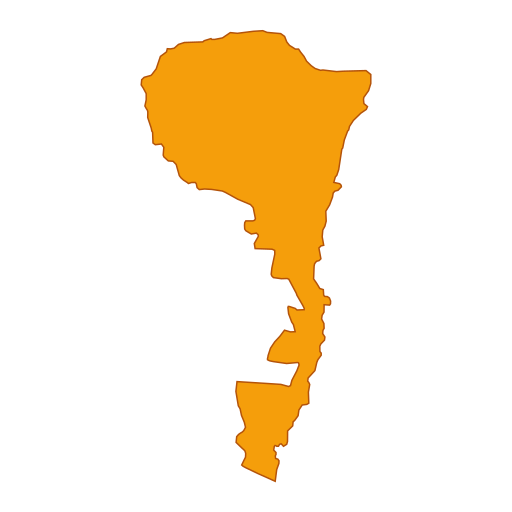 Pasaco, Jutiapa, Guatemala (Robinson projection)
{"feature_id": "79465075B50334197995085", "entity_name": "Pasaco", "entity_type": "district", "adm_level": 2, "iso_a3": "GTM", "parent_name": "Guatemala", "parent_adm1": "Jutiapa", "projection": "robinson", "projection_center": [-90.222, 13.895], "detail": "fine", "context": "isolated", "style": "filled", "palette": "amber", "viewbox_px": 512, "rotation_deg": 0, "n_neighbors": 0, "source": "geoboundaries", "source_scale": "gbopen_adm2", "svg_char_len": 3372}
<svg xmlns="http://www.w3.org/2000/svg" viewBox="0 0 512 512"><path d="M241.7,465.0L243.0,466.2L245.7,467.7L257.8,473.5L275.2,481.3L276.7,469.6L278.9,463.4L279.0,460.8L277.8,459.1L275.6,458.5L275.3,455.9L276.0,454.4L276.0,452.5L273.7,450.1L274.3,446.4L275.0,445.5L275.9,445.7L276.8,446.3L278.5,446.2L278.9,445.4L279.5,444.5L280.3,444.0L281.3,443.9L283.5,446.3L286.7,444.3L287.5,441.5L287.6,430.9L292.7,425.9L293.1,421.8L294.6,420.5L298.1,415.7L298.9,410.0L302.2,405.0L306.8,404.4L308.8,403.2L308.4,392.1L309.7,384.5L308.7,382.3L307.7,381.2L308.1,378.0L314.9,370.6L316.8,362.4L317.9,359.7L321.2,355.2L321.2,353.1L319.9,351.5L319.8,346.2L320.8,344.0L324.5,340.1L324.9,337.0L322.7,333.6L322.9,330.5L324.1,328.3L323.9,323.5L321.6,319.0L322.1,315.3L324.0,312.1L324.1,304.7L329.6,305.1L330.5,303.8L330.6,301.1L329.4,298.0L327.4,296.6L324.6,296.4L323.7,295.2L323.3,289.6L319.8,288.5L316.9,283.7L313.6,278.9L314.1,266.2L314.6,263.7L316.5,261.3L319.1,260.6L320.9,258.8L318.9,248.0L321.0,245.9L323.7,245.3L322.2,236.8L322.8,230.0L324.9,226.2L326.2,221.1L325.8,211.2L329.6,204.9L332.5,197.1L333.2,193.0L334.9,191.1L338.0,190.3L341.4,186.8L341.1,185.2L339.7,183.7L333.8,182.4L335.3,177.0L336.8,175.3L338.7,169.6L341.8,149.2L342.7,148.0L344.3,140.0L347.6,131.1L348.7,129.9L349.5,126.4L353.4,120.4L360.8,113.2L366.3,109.4L367.5,106.6L363.9,103.6L363.5,99.5L363.8,97.4L368.6,90.6L370.8,83.5L370.8,74.5L366.0,70.6L343.4,71.2L336.5,71.6L322.9,70.0L320.5,70.3L315.1,68.5L311.2,65.7L306.6,61.2L304.0,56.4L300.5,52.0L298.6,49.1L295.4,49.1L289.5,45.4L286.8,42.0L284.6,36.4L280.7,33.6L267.1,32.4L262.8,30.7L253.3,31.3L237.4,33.3L230.3,32.6L222.5,37.9L214.8,39.4L211.7,39.4L211.0,38.6L204.2,40.7L202.8,41.9L184.4,42.5L178.5,44.4L174.2,48.2L170.5,48.9L167.3,48.7L166.5,51.9L160.4,56.4L156.2,68.9L151.9,74.5L151.0,75.4L144.2,77.3L141.7,79.7L141.2,84.9L143.2,88.0L146.2,93.6L146.2,99.9L144.9,106.0L146.3,108.6L147.3,110.1L147.8,111.7L147.8,113.8L147.7,117.5L151.2,128.0L151.8,131.0L152.6,132.3L153.0,143.0L155.3,144.7L161.4,144.0L163.8,147.3L163.2,155.1L163.9,156.9L167.2,159.9L168.3,160.9L173.1,161.3L176.2,164.5L179.3,175.6L181.1,178.0L183.5,180.1L187.4,182.6L188.4,183.5L191.6,182.5L195.3,182.5L196.3,183.7L197.1,187.6L199.3,189.6L204.5,189.0L211.6,189.4L222.3,191.0L225.4,192.4L237.9,199.3L250.5,204.6L253.2,207.6L255.4,218.6L254.6,220.3L252.7,220.9L245.8,220.9L244.7,222.7L244.5,225.3L244.7,229.0L245.8,230.7L248.4,232.3L251.3,234.0L256.4,233.1L258.2,234.8L258.3,236.4L254.3,243.5L255.1,248.6L272.1,249.2L274.7,250.4L274.8,254.1L271.9,267.8L271.2,274.2L271.7,275.8L273.4,277.6L281.4,278.7L287.1,278.5L288.8,279.2L296.3,293.3L296.9,295.2L302.6,305.1L303.6,307.0L304.2,308.3L304.2,309.7L297.0,310.0L295.2,308.4L289.4,306.5L288.3,306.4L287.9,307.5L288.6,313.8L291.7,322.0L293.4,324.6L295.2,331.7L290.5,331.9L284.5,330.2L279.8,336.4L274.7,341.9L270.5,348.2L268.1,355.5L267.9,357.0L267.5,358.5L267.5,359.7L268.5,360.3L270.0,360.9L273.4,361.6L286.6,363.5L296.5,362.6L297.4,362.5L298.4,362.7L299.0,364.3L298.9,365.6L298.3,367.0L296.9,370.7L291.9,380.3L290.5,385.6L288.6,386.5L280.9,384.4L265.7,383.4L237.0,381.6L235.9,391.4L238.3,405.8L240.1,408.8L241.5,415.4L244.3,422.2L245.5,427.3L243.7,430.7L242.2,432.1L240.6,433.0L238.6,434.4L236.7,436.6L236.1,442.4L242.5,448.6L243.6,449.5L245.0,451.1L245.7,453.5L245.5,457.2L243.9,460.4L241.7,465.0Z" fill="#f59e0b" stroke="#b45309" stroke-width="1.5"/></svg>